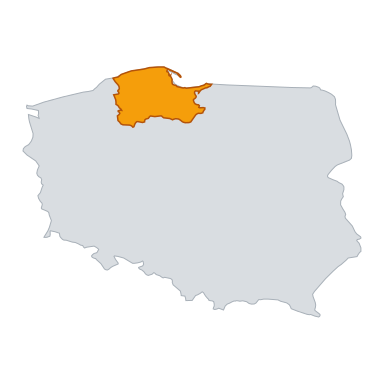 where Pomeranian sits in Poland
{"feature_id": "POL-3140", "entity_name": "Pomeranian", "entity_type": "Voivodeship", "adm_level": 1, "iso_a3": "POL", "parent_name": "Poland", "parent_adm1": "", "projection": "robinson", "projection_center": [18.491, 54.136], "detail": "fine", "context": "in_parent", "style": "filled", "palette": "amber", "viewbox_px": 384, "rotation_deg": 0, "n_neighbors": 0, "source": "natural_earth", "source_scale": "10m", "svg_char_len": 6109}
<svg xmlns="http://www.w3.org/2000/svg" viewBox="0 0 384 384"><path d="M343.0,209.2L344.9,212.2L345.7,214.5L345.0,216.3L345.3,218.1L352.3,226.0L355.0,231.7L356.7,233.9L360.6,236.8L361.0,238.0L359.5,239.1L357.3,239.5L356.7,240.6L359.1,243.2L360.9,247.8L360.9,251.5L359.6,252.4L358.1,254.6L357.0,256.6L348.2,258.0L346.1,260.2L341.3,264.4L338.0,266.7L333.2,271.1L325.6,278.6L314.5,291.4L312.6,294.3L313.1,296.7L315.2,302.4L315.7,305.0L315.4,307.3L314.8,309.5L314.9,310.4L319.9,314.3L320.1,315.1L319.7,316.2L318.7,317.0L314.9,316.1L310.7,314.5L309.3,314.7L307.0,314.3L297.6,311.2L291.2,308.7L290.6,307.1L289.4,304.8L286.7,302.9L280.5,301.2L278.0,299.9L268.0,299.1L263.7,299.1L260.6,299.7L258.7,299.6L256.0,303.0L254.2,304.0L251.5,304.1L249.1,303.5L246.6,301.7L242.7,300.8L239.9,301.2L237.8,300.8L236.1,300.7L235.4,301.1L234.0,301.0L231.9,301.9L229.7,303.1L227.2,304.1L225.2,306.0L223.5,310.0L218.7,308.2L217.0,309.0L214.7,309.5L213.2,308.9L213.5,307.6L214.2,306.1L214.2,304.0L213.7,301.6L212.2,300.9L209.9,300.6L208.7,300.1L208.6,299.3L207.5,298.3L205.4,295.8L203.5,292.7L202.2,291.8L200.3,293.3L197.4,294.9L195.6,295.5L192.2,300.4L185.9,300.6L185.6,298.3L184.9,296.1L181.2,295.6L181.1,294.3L180.4,291.1L173.1,284.8L172.2,282.1L172.5,281.1L171.9,279.5L170.4,278.5L164.6,277.3L163.1,277.9L161.8,277.2L159.7,275.7L156.0,274.5L155.7,273.9L154.3,272.8L153.6,272.7L153.1,273.3L152.1,274.2L148.3,275.4L146.8,274.9L145.5,273.9L144.0,271.8L141.7,269.9L139.9,269.2L138.8,268.2L138.6,267.4L142.7,265.9L143.6,264.3L143.1,261.4L142.5,261.0L140.9,262.0L137.4,262.9L134.3,263.3L132.6,263.3L123.7,258.0L117.8,256.4L114.4,255.9L114.0,256.4L115.5,259.4L118.2,263.1L118.1,264.0L113.0,266.2L110.8,267.5L108.9,269.2L107.4,270.0L106.0,269.8L104.5,269.0L100.9,263.6L96.2,259.4L95.7,258.5L94.2,258.3L92.2,257.3L91.5,256.0L92.5,254.7L94.0,253.5L96.5,252.8L97.3,252.1L97.8,251.0L98.7,249.6L98.5,249.1L96.7,247.6L94.1,246.1L86.7,247.2L84.6,248.0L83.5,247.0L82.7,245.5L80.8,245.2L78.3,243.8L75.3,242.5L72.3,242.1L66.2,240.2L63.9,240.1L62.5,239.4L61.1,238.0L59.9,236.4L59.4,233.2L54.9,231.7L50.4,230.8L50.1,231.2L50.2,234.5L49.9,236.2L46.9,237.3L44.0,237.4L44.1,236.9L47.8,231.0L49.4,227.3L51.4,220.6L49.3,215.2L48.8,212.7L47.8,211.5L41.7,208.9L41.3,208.0L42.3,204.5L41.9,203.0L40.4,201.5L38.6,198.4L37.9,195.7L40.4,192.6L42.2,187.2L43.2,185.1L41.6,183.8L41.2,182.1L41.7,179.7L40.9,177.9L38.8,176.7L37.4,175.1L36.8,173.2L37.4,170.1L39.2,165.9L35.7,160.9L27.1,155.1L23.0,151.0L23.4,148.6L25.3,146.5L28.7,144.6L31.3,141.2L32.9,137.2L33.1,133.6L29.5,121.9L28.9,119.0L28.4,114.5L35.9,117.0L39.1,118.4L38.7,116.8L38.1,115.5L38.6,113.5L38.4,110.5L31.6,109.0L27.0,108.5L26.5,106.4L27.0,105.1L28.3,105.8L32.7,106.1L43.9,102.1L63.0,96.9L83.4,92.1L88.2,91.5L93.0,90.5L94.8,88.7L96.5,87.4L99.3,84.2L105.5,79.2L116.3,77.4L120.4,75.0L128.8,71.7L148.1,68.0L156.1,67.1L164.0,67.0L171.0,70.0L178.4,73.6L179.7,75.8L175.7,74.4L169.8,71.2L167.7,71.0L172.7,81.0L175.4,84.5L181.0,87.1L185.6,88.0L199.9,86.4L205.0,84.3L206.4,83.3L207.7,83.8L226.5,84.9L291.5,87.5L310.2,87.9L311.4,87.6L313.2,86.0L315.6,86.2L318.4,87.2L319.7,88.0L320.2,88.9L320.6,89.9L322.1,90.1L324.9,90.9L328.6,92.6L331.6,94.3L334.5,96.8L335.5,99.5L335.6,102.7L335.5,104.7L340.0,120.1L346.8,134.1L349.4,140.9L350.4,144.6L351.4,149.8L351.7,153.5L351.8,155.6L351.4,158.4L349.5,160.1L337.4,164.9L335.1,166.5L331.6,170.2L328.4,174.1L327.6,175.4L327.5,176.3L328.2,177.6L332.7,179.6L337.2,181.3L338.7,182.5L342.0,184.1L343.2,185.6L343.9,186.8L343.9,189.7L342.6,193.7L343.3,196.7L341.9,198.7L340.7,201.0L340.6,204.9L343.0,209.2Z" fill="#d9dde1" stroke="#a8b0b8" stroke-width="1"/><path d="M206.6,83.4L207.3,83.8L208.9,84.2L211.5,84.3L211.4,84.4L211.0,84.4L211.1,84.5L211.2,85.0L210.7,85.3L210.5,85.7L210.3,86.2L210.0,86.4L209.5,86.5L209.1,86.6L206.9,87.8L205.6,87.9L205.1,88.1L202.5,89.3L202.1,89.4L201.7,89.6L200.8,90.2L200.0,91.2L199.8,91.4L199.6,91.7L199.0,92.8L198.5,93.2L198.5,92.5L198.7,92.0L198.9,91.6L199.2,91.4L199.2,91.1L198.4,91.2L195.5,90.9L194.7,91.6L194.5,93.0L195.2,94.7L195.9,95.6L196.2,96.7L195.9,97.4L195.4,98.1L193.9,99.2L193.4,99.8L193.5,100.7L194.1,102.5L195.2,103.9L196.8,104.6L198.5,104.8L199.4,105.7L198.8,107.4L199.9,107.8L203.2,107.6L204.9,108.0L204.8,108.7L204.8,109.4L204.4,109.9L203.8,110.4L203.3,111.6L202.9,112.1L202.8,112.8L200.9,113.4L198.2,113.3L196.8,114.0L195.7,114.9L190.8,121.9L189.0,122.6L185.2,122.7L183.3,122.2L182.3,121.7L180.1,119.9L179.6,119.7L179.1,119.3L178.5,119.0L175.7,118.7L173.8,119.2L172.6,119.8L169.7,118.5L163.7,117.8L162.6,117.0L161.6,116.0L160.5,115.9L154.8,116.6L150.6,116.0L149.7,116.5L148.3,118.4L146.0,119.0L144.9,119.8L144.8,120.4L144.6,121.0L144.6,121.9L142.5,122.5L137.9,121.6L136.7,121.7L135.7,122.7L134.9,124.0L133.9,126.7L132.9,127.2L131.5,125.8L129.7,125.1L122.9,124.8L120.9,123.9L119.6,122.1L118.0,120.6L117.4,115.9L118.8,114.8L119.8,113.5L119.5,112.6L118.9,111.9L118.2,111.6L118.2,110.8L119.9,110.2L121.7,110.4L121.1,109.3L120.3,108.5L119.4,107.9L118.2,105.9L117.4,105.2L116.0,104.4L116.0,102.1L115.7,99.7L113.7,94.8L118.3,94.0L118.9,93.4L118.7,92.3L118.1,91.6L117.8,91.0L118.0,90.3L118.9,89.6L119.3,88.4L119.0,86.4L118.0,84.8L115.3,81.8L113.0,78.3L113.0,78.2L115.5,77.5L116.9,77.3L118.1,77.0L121.3,74.4L131.3,70.9L143.8,69.1L149.5,67.6L158.3,67.0L163.7,67.0L164.5,67.2L165.7,68.0L166.1,68.2L166.8,68.3L178.1,73.4L180.2,75.4L180.5,75.9L180.9,76.5L180.9,77.1L180.3,77.3L180.2,77.2L180.0,76.9L179.8,76.5L179.2,76.2L178.8,75.4L178.2,74.9L176.7,72.9L176.4,72.8L175.2,72.6L174.9,72.5L174.6,72.1L173.7,71.9L171.7,70.9L169.7,70.2L169.4,69.8L168.3,69.2L168.1,69.1L167.7,69.2L167.4,69.5L167.0,70.7L166.9,71.0L166.9,71.6L167.1,71.7L167.9,72.0L168.1,72.2L168.5,72.7L168.9,73.5L168.9,73.8L168.8,74.1L168.8,74.4L169.2,74.7L169.0,75.5L169.4,75.9L170.0,75.8L170.6,75.2L170.4,76.0L170.6,76.5L171.0,77.0L171.9,78.9L172.1,79.4L172.0,80.3L172.0,82.0L172.2,83.6L172.7,84.4L173.2,84.5L174.2,85.1L174.8,85.2L175.2,85.2L175.8,85.4L176.2,85.6L176.4,86.0L177.0,86.6L182.6,87.9L183.8,88.0L184.9,87.6L185.2,87.8L185.5,88.0L186.5,88.2L198.9,86.8L201.6,85.8L202.9,85.5L204.0,85.2L206.0,83.6L206.6,83.4Z" fill="#f59e0b" stroke="#b45309" stroke-width="1.5"/></svg>